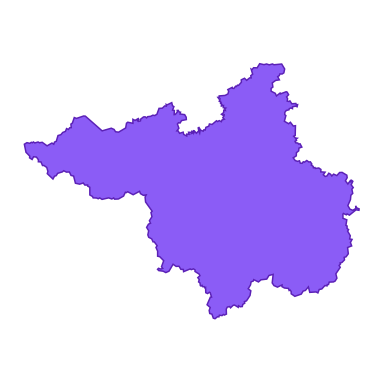 outline of Piemonte, Turin, Italy, rotated 269°
{"feature_id": "23120603B83257595874769", "entity_name": "Piemonte", "entity_type": "district", "adm_level": 2, "iso_a3": "ITA", "parent_name": "Italy", "parent_adm1": "Turin", "projection": "orthographic", "projection_center": [8.079, 45.262], "detail": "fine", "context": "isolated", "style": "filled", "palette": "violet", "viewbox_px": 384, "rotation_deg": 269, "n_neighbors": 0, "source": "geoboundaries", "source_scale": "gbopen_adm2", "svg_char_len": 6033}
<svg xmlns="http://www.w3.org/2000/svg" viewBox="0 0 384 384"><g transform="rotate(269 192 192)"><path d="M268.5,75.6L263.0,73.6L262.0,72.1L258.5,72.4L258.4,70.9L256.7,69.5L257.6,67.7L254.8,66.5L253.8,63.8L251.6,61.9L250.8,59.0L245.1,57.2L244.3,55.4L242.2,54.6L243.4,52.8L240.7,47.9L244.3,43.1L243.9,40.3L244.7,39.0L243.8,35.7L244.8,34.3L244.0,33.2L244.5,32.2L243.5,30.7L244.2,27.8L242.7,25.2L234.6,26.7L230.7,30.4L229.0,30.2L227.3,32.7L230.0,34.2L229.6,37.1L226.9,39.0L224.9,38.9L224.7,41.5L221.1,43.0L221.1,44.4L219.1,47.2L215.1,48.3L212.9,47.6L207.4,53.2L210.2,54.8L210.7,56.5L213.0,58.0L214.4,62.8L215.5,64.1L214.1,66.7L214.1,69.8L210.7,71.3L210.0,73.9L202.8,75.6L201.8,79.8L202.9,83.4L200.8,85.0L200.8,87.8L199.7,87.8L198.5,89.9L190.8,89.8L189.3,92.4L187.8,93.1L187.7,96.4L186.9,98.1L187.7,99.6L186.2,101.9L187.6,108.6L186.4,111.7L187.4,113.6L186.2,114.4L186.3,118.3L189.1,123.5L192.9,125.4L192.5,126.3L193.4,127.7L190.3,133.1L193.6,139.6L191.3,140.4L189.5,143.3L189.9,146.1L187.8,145.0L182.8,145.4L173.5,151.8L172.2,150.6L168.0,151.5L164.0,148.9L161.5,150.0L160.6,147.9L157.4,146.0L154.0,148.0L149.9,147.1L147.5,147.9L145.8,150.9L142.8,152.2L142.8,153.4L138.9,156.2L137.2,155.0L133.5,156.6L128.4,156.5L127.9,158.6L123.8,162.5L117.8,160.2L116.1,161.4L115.5,159.5L116.3,157.2L115.3,156.2L114.0,157.4L113.3,161.8L111.9,164.4L113.2,167.6L120.1,171.8L117.9,174.8L118.0,177.7L114.9,179.5L114.7,182.0L112.5,182.2L115.1,188.8L114.4,189.9L115.1,192.2L113.9,193.8L112.5,193.6L109.8,197.7L108.2,198.5L106.3,196.3L104.3,197.7L102.0,197.0L100.9,198.4L98.3,198.7L97.8,199.4L98.5,200.4L97.1,201.1L97.1,202.6L96.0,203.1L96.4,203.9L91.1,204.0L90.2,205.8L91.5,207.7L91.1,208.4L86.6,209.7L86.5,208.5L79.0,205.1L76.2,208.2L73.3,207.1L70.2,207.6L69.5,209.8L65.5,211.1L64.9,212.8L66.9,215.4L66.7,216.7L68.3,217.2L67.9,219.9L69.0,221.2L68.4,222.2L69.3,224.3L74.3,224.2L76.3,225.3L76.8,227.6L75.5,228.5L78.0,231.2L78.2,232.6L75.9,236.2L77.5,236.5L76.4,238.1L76.6,240.3L78.7,240.8L79.9,242.8L81.5,242.5L82.2,244.6L87.5,248.2L92.2,249.1L94.3,246.5L98.1,248.9L101.1,249.5L101.9,251.7L103.3,252.2L100.9,256.9L103.0,259.4L103.6,265.2L107.2,267.5L108.2,271.7L99.7,270.6L97.0,272.3L95.4,275.8L97.5,280.4L95.8,280.3L94.4,282.7L93.9,286.8L91.8,287.4L92.2,288.4L90.8,289.4L88.5,289.4L85.9,293.0L88.0,299.5L91.0,301.4L91.6,303.7L95.1,306.7L89.6,308.0L89.9,314.3L88.9,316.1L92.3,317.5L92.8,320.1L96.1,323.2L95.8,325.4L97.1,325.6L97.1,326.9L99.5,327.6L99.6,331.8L100.4,333.5L103.3,335.4L107.7,334.4L114.1,338.9L116.0,337.8L117.4,339.2L118.4,338.8L119.0,340.8L121.5,343.3L124.0,343.0L124.5,344.9L127.5,347.2L133.8,346.6L135.3,350.7L138.8,349.5L141.8,351.2L142.3,348.8L145.5,349.5L150.2,346.9L151.6,347.9L152.9,346.4L155.3,346.5L155.9,345.3L161.5,346.3L163.1,342.5L167.2,342.5L167.9,343.0L166.5,345.9L167.4,346.7L166.1,349.0L171.3,355.7L170.8,358.6L172.2,358.8L173.2,356.5L175.3,355.4L172.7,355.5L170.9,352.5L172.1,349.6L175.7,347.6L181.6,350.3L186.0,350.8L187.8,352.7L192.0,351.9L193.6,353.3L196.4,351.3L199.9,353.0L200.9,351.8L199.6,351.0L200.6,350.5L197.3,348.0L200.5,345.6L203.6,347.4L206.1,347.1L209.0,342.4L208.9,339.9L205.9,337.1L207.4,333.9L205.6,332.1L207.4,330.8L208.4,329.1L205.7,327.2L205.2,325.4L206.9,323.6L209.5,325.4L209.9,321.1L212.3,321.3L213.8,319.2L213.4,315.7L214.3,315.4L214.1,313.8L215.5,313.6L216.9,311.7L217.9,312.3L220.1,310.9L220.0,309.3L221.5,307.3L219.9,305.0L220.3,303.8L218.8,302.7L218.9,300.8L221.3,300.0L220.8,298.1L221.6,295.8L224.4,293.8L226.3,296.9L229.5,297.1L231.3,299.4L234.0,299.7L235.0,302.6L238.3,300.9L238.1,299.4L239.1,298.6L239.4,296.5L240.9,295.9L241.7,297.4L243.0,296.9L243.9,298.1L244.2,296.3L246.0,294.6L246.8,296.2L256.5,296.6L256.2,294.4L260.0,291.6L258.6,289.8L261.1,285.6L266.8,287.2L267.7,286.1L270.0,286.2L271.9,287.7L272.5,290.4L273.6,290.7L274.3,292.4L273.6,293.9L275.4,294.0L276.0,296.9L275.4,298.6L277.5,299.1L277.3,297.9L278.7,297.4L278.5,293.3L281.4,291.5L280.8,290.5L281.2,288.8L283.8,289.2L285.4,288.2L287.6,290.3L290.2,288.9L290.6,287.9L288.6,282.2L289.4,281.8L286.6,278.1L289.2,277.0L291.4,272.9L294.2,272.9L295.5,274.7L299.7,274.2L302.1,277.6L302.6,281.3L305.9,279.7L306.8,281.3L308.5,281.9L308.4,284.2L309.5,285.9L313.4,286.8L318.4,283.9L317.8,276.2L318.6,274.7L317.8,271.4L318.7,268.8L318.1,266.2L319.1,261.9L315.0,259.3L315.2,255.8L313.3,254.1L313.8,253.3L308.7,254.7L307.3,252.8L305.1,253.1L305.1,251.6L302.7,248.6L304.8,246.5L303.3,243.2L300.9,243.3L297.8,240.4L298.0,239.3L296.7,238.2L297.0,237.4L294.8,235.7L295.0,234.2L295.9,234.0L293.8,229.6L292.1,230.4L289.5,229.7L288.0,226.8L287.6,220.9L286.4,221.0L286.2,219.5L284.4,220.8L284.5,221.6L282.2,220.9L282.1,222.1L280.6,222.4L280.2,221.4L280.3,222.9L278.5,222.9L279.3,223.8L277.5,223.1L277.9,225.0L275.8,224.7L275.3,227.1L274.6,226.2L272.9,226.8L273.2,225.2L270.8,225.0L269.2,222.8L267.5,225.3L265.7,224.1L264.2,225.6L263.5,223.3L261.8,222.5L262.9,220.5L262.0,218.9L262.8,217.7L259.2,213.3L259.7,210.6L257.5,209.9L256.4,207.0L253.8,206.3L254.0,205.0L252.6,204.2L253.7,201.7L256.4,200.1L256.0,199.3L253.9,199.7L253.0,201.1L250.8,200.7L253.1,199.8L250.7,197.4L252.7,195.7L251.2,194.9L253.9,194.7L250.9,193.9L250.6,192.8L251.9,193.8L252.7,192.9L251.6,192.4L251.8,189.6L249.7,190.1L250.0,187.8L248.1,187.7L249.7,184.7L252.0,184.2L250.9,180.6L253.3,179.2L253.4,178.0L256.0,180.0L260.2,178.6L261.5,179.7L261.2,181.3L263.6,182.8L264.5,187.6L266.9,187.5L269.5,186.0L270.2,181.4L272.0,181.9L272.1,180.8L273.9,179.6L273.8,178.6L272.3,178.8L269.8,176.6L269.7,175.5L273.8,175.8L274.2,174.0L277.7,175.4L278.6,174.0L281.7,173.3L279.5,168.5L280.0,167.7L278.3,167.8L278.5,166.1L276.3,163.8L276.2,160.5L270.4,158.3L269.1,156.2L269.5,154.2L268.4,152.0L268.1,149.0L266.9,147.9L268.0,146.4L267.9,144.8L265.8,142.0L264.0,141.7L263.5,139.6L264.2,138.8L265.5,140.1L266.4,139.6L264.6,136.3L265.7,134.2L261.7,134.1L262.9,129.0L261.9,127.7L257.2,126.8L253.1,119.6L253.6,116.6L255.9,115.2L257.2,112.4L254.7,103.2L269.7,86.7L269.9,85.0L267.6,77.8L268.5,75.6ZM268.8,225.5L268.5,226.1L268.7,224.7L268.8,225.5Z" fill="#8b5cf6" stroke="#5b21b6" stroke-width="1.5"/></g></svg>